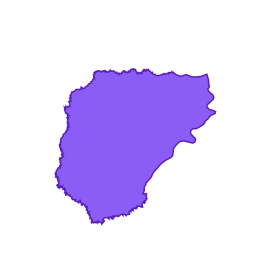 outline of Huai Phueng, Kalasin, Thailand, rotated 44°
{"feature_id": "78962969B68960900903795", "entity_name": "Huai Phueng", "entity_type": "district", "adm_level": 2, "iso_a3": "THA", "parent_name": "Thailand", "parent_adm1": "Kalasin", "projection": "orthographic", "projection_center": [103.862, 16.683], "detail": "fine", "context": "isolated", "style": "filled", "palette": "violet", "viewbox_px": 256, "rotation_deg": 44, "n_neighbors": 0, "source": "geoboundaries", "source_scale": "gbopen_adm2", "svg_char_len": 5857}
<svg xmlns="http://www.w3.org/2000/svg" viewBox="0 0 256 256"><g transform="rotate(44 128 128)"><path d="M179.6,55.4L176.2,56.6L173.6,58.4L169.8,57.9L168.9,56.3L169.3,48.2L168.5,46.4L165.6,45.2L162.9,45.6L159.4,45.3L158.4,44.4L158.0,42.3L157.3,41.3L155.7,40.4L152.3,37.4L147.4,34.6L144.6,40.3L142.0,43.6L138.5,46.8L132.8,49.2L129.8,54.5L124.9,56.4L122.0,56.5L121.6,57.2L120.4,57.0L120.8,58.1L118.7,59.9L119.5,60.7L118.1,61.6L117.0,63.9L116.2,63.7L116.1,64.8L115.2,65.5L115.3,66.1L113.1,69.9L111.6,70.8L110.3,70.6L109.2,71.8L107.3,71.3L107.6,71.8L107.2,72.0L104.1,71.8L102.6,72.5L102.0,71.8L101.5,72.8L100.9,72.9L101.2,74.6L100.7,75.0L100.7,74.4L99.4,74.3L98.7,75.0L98.7,75.7L99.3,75.4L99.6,76.4L99.0,78.5L100.0,79.1L99.4,80.0L98.9,79.5L98.9,80.0L97.0,80.6L96.8,81.8L97.3,82.1L96.0,82.3L95.0,81.5L93.3,81.4L92.9,80.8L92.1,80.9L91.8,82.2L90.9,81.8L90.5,82.8L89.7,83.1L89.5,84.4L90.2,85.2L89.6,85.5L89.7,86.4L89.2,86.6L90.0,87.1L89.3,87.4L89.3,88.0L88.3,89.1L88.0,88.7L87.2,89.5L86.7,89.4L86.7,89.9L85.7,89.4L85.1,89.8L85.2,92.7L85.8,93.3L84.4,94.1L84.5,95.1L84.0,94.5L83.0,95.3L83.1,96.0L82.6,95.8L81.6,96.4L81.0,95.9L80.5,97.1L79.2,96.7L78.3,97.4L77.9,97.0L76.7,98.7L75.3,98.6L75.6,99.3L74.9,99.9L75.2,101.2L74.6,101.5L74.6,102.1L72.9,102.6L72.8,103.3L72.0,102.5L71.2,104.0L70.9,103.6L69.9,105.6L69.6,105.4L69.3,106.8L67.6,106.7L66.7,107.5L67.1,108.1L66.6,108.9L65.9,108.9L65.7,109.4L65.2,111.4L66.1,111.1L65.9,111.6L66.6,111.9L66.0,113.5L66.8,113.6L67.7,115.0L69.0,115.0L68.8,116.2L69.6,116.3L69.1,117.7L69.8,119.4L69.2,120.4L70.0,121.5L69.0,124.1L69.7,125.2L68.9,127.2L69.2,128.8L68.1,131.2L67.2,131.5L66.9,130.8L65.9,131.2L67.4,132.5L66.7,133.0L66.4,134.4L65.5,134.7L63.9,136.4L63.8,139.7L62.6,141.2L63.2,142.0L63.9,144.8L64.4,144.6L64.9,145.9L65.4,145.7L65.3,147.1L66.1,147.2L66.4,146.7L66.8,147.9L68.2,148.2L67.3,148.9L67.1,150.3L67.9,150.0L69.9,151.7L70.2,152.4L71.2,152.7L70.8,153.8L69.7,154.3L69.9,155.3L69.4,156.0L68.4,155.7L69.3,157.3L68.1,157.3L69.3,158.1L69.7,159.0L72.1,159.9L72.6,160.6L73.3,160.5L73.8,159.7L75.4,160.4L75.4,159.9L76.2,159.9L75.5,160.8L76.2,161.4L76.8,160.8L76.9,161.5L77.9,161.6L77.7,162.2L78.2,162.7L77.3,163.1L79.6,164.2L80.2,166.4L80.3,165.8L81.0,165.9L81.4,166.9L82.2,166.2L83.0,168.0L83.1,167.2L83.5,167.3L83.7,168.1L82.9,168.6L83.7,168.5L83.2,169.3L84.0,168.6L84.8,168.8L84.3,169.4L84.5,170.1L85.3,170.8L84.9,170.9L85.2,171.4L85.9,171.2L85.5,172.8L86.5,173.6L85.9,174.1L86.4,176.0L85.8,177.4L87.0,179.0L87.2,182.2L88.6,184.2L89.3,184.4L89.4,185.6L90.8,186.3L91.2,187.1L90.3,187.5L90.5,187.9L92.5,189.1L92.6,188.7L93.4,189.7L94.0,189.4L94.7,190.3L94.9,189.7L95.8,190.5L96.1,189.9L96.6,190.9L97.2,190.7L97.5,191.5L98.2,191.4L98.7,193.2L99.2,192.6L99.1,193.3L99.6,193.0L100.2,193.7L100.9,193.2L101.3,194.8L101.1,195.2L100.7,194.9L100.6,196.5L100.0,196.9L100.5,197.2L100.0,197.2L100.5,198.0L101.5,197.3L101.2,197.6L101.9,197.9L102.0,199.1L103.3,199.3L103.4,200.2L105.6,201.0L105.8,201.6L105.2,202.2L106.0,202.5L105.5,203.1L106.9,203.7L106.2,204.7L105.6,204.9L105.4,205.8L105.9,206.2L106.3,208.9L107.6,210.3L107.2,211.0L108.2,211.0L108.3,212.0L109.2,212.2L109.5,212.9L110.5,212.6L110.4,213.3L111.0,212.9L110.7,212.3L111.6,212.7L111.5,212.0L112.3,212.2L112.1,213.2L113.3,213.1L113.1,213.9L114.1,214.4L114.2,213.6L114.7,213.7L114.6,214.6L115.1,215.0L115.5,214.6L115.8,215.4L116.7,215.5L117.1,216.8L116.7,217.4L117.4,217.7L116.7,218.5L117.0,218.8L117.7,218.5L118.8,219.2L119.2,217.9L119.5,218.9L120.1,219.1L119.4,217.2L119.9,216.6L120.6,217.2L120.5,216.6L121.2,216.5L121.2,215.6L121.9,216.6L122.4,216.1L123.0,216.5L123.5,216.2L124.1,216.4L124.1,216.9L124.5,216.4L123.8,215.9L124.0,215.4L125.1,215.5L125.2,216.1L126.1,216.3L125.9,216.9L127.3,217.4L127.2,218.4L128.7,218.5L128.5,218.0L129.0,217.5L128.9,219.0L129.7,219.5L130.1,218.5L129.8,217.9L130.6,218.4L131.5,217.4L132.0,217.5L132.5,216.7L132.1,216.3L133.2,216.8L133.3,217.4L135.2,216.9L136.2,217.2L136.4,217.8L138.1,217.9L140.0,216.0L140.5,217.3L142.8,216.1L144.6,216.1L144.3,214.7L143.8,214.6L143.5,213.8L143.9,213.2L146.3,214.7L147.6,214.0L147.8,215.6L148.8,215.2L148.8,214.3L148.1,214.4L148.1,214.0L150.8,213.3L151.2,214.1L152.1,214.2L153.4,212.8L153.8,213.1L153.4,214.4L154.8,214.7L154.9,215.8L155.5,215.8L155.5,215.2L157.1,216.1L157.9,215.5L157.5,216.4L157.9,217.3L158.5,217.1L158.4,216.5L159.5,216.3L159.9,217.4L160.7,217.7L161.2,217.2L161.4,217.8L162.4,218.1L163.6,219.6L164.0,218.8L165.6,218.7L165.7,219.6L166.8,219.7L166.8,221.0L167.8,221.4L167.8,220.6L168.9,220.3L169.4,218.6L170.2,218.9L170.8,217.7L171.6,217.8L170.8,216.6L171.1,215.8L172.2,216.4L172.1,215.4L174.2,215.0L174.7,214.1L175.8,215.2L175.9,213.9L175.4,213.3L175.8,212.0L174.8,212.0L174.9,211.2L174.0,211.7L173.4,210.6L173.5,208.8L175.8,206.7L177.3,206.6L175.9,205.6L177.1,205.1L177.8,203.3L178.8,204.5L179.0,203.5L179.9,204.1L180.4,203.9L178.4,201.4L179.3,200.8L180.0,201.3L179.9,200.5L180.7,199.6L180.7,198.8L182.5,198.6L183.0,195.0L184.0,194.2L185.1,194.3L184.2,193.5L184.5,193.1L186.0,192.3L187.4,192.4L187.0,191.8L188.8,189.3L188.9,188.4L187.2,187.7L186.8,186.9L187.2,185.8L188.2,185.9L187.4,184.3L188.8,183.8L187.4,183.4L187.4,182.7L188.1,182.5L187.7,181.5L189.1,181.0L189.0,179.9L189.8,180.5L190.1,179.8L189.7,178.7L188.6,178.3L191.3,175.7L192.6,175.7L193.4,174.6L191.1,173.3L190.4,172.2L190.5,170.5L192.4,171.1L191.4,170.2L191.9,169.5L190.4,168.6L191.1,167.5L190.4,166.9L190.8,165.7L189.0,165.1L187.4,162.7L186.5,162.6L186.7,163.4L185.4,163.9L184.7,164.8L184.2,164.7L183.2,161.8L180.7,159.2L180.0,156.0L179.2,155.1L178.8,147.1L177.2,143.1L176.6,130.5L177.4,125.3L179.3,119.5L179.4,117.0L175.1,111.3L174.5,108.0L174.5,102.8L174.9,101.4L177.2,98.4L184.9,94.0L185.7,92.3L185.3,90.2L184.0,88.9L177.3,88.6L175.3,87.0L174.8,85.3L175.4,83.1L177.7,80.9L179.6,74.3L179.7,71.6L178.8,69.2L179.2,66.0L178.7,62.7L179.1,60.4L180.6,57.3L179.6,55.4Z" fill="#8b5cf6" stroke="#5b21b6" stroke-width="1.5"/></g></svg>